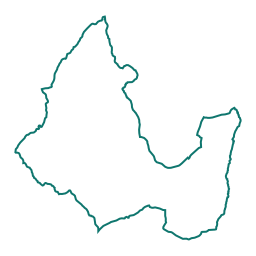 the district of Tasco, Boyacá, Colombia
{"feature_id": "7082276B19242876050337", "entity_name": "Tasco", "entity_type": "district", "adm_level": 2, "iso_a3": "COL", "parent_name": "Colombia", "parent_adm1": "Boyacá", "projection": "natural_earth1", "projection_center": [-72.717, 5.898], "detail": "fine", "context": "isolated", "style": "outline", "palette": "teal", "viewbox_px": 256, "rotation_deg": 0, "n_neighbors": 0, "source": "geoboundaries", "source_scale": "gbopen_adm2", "svg_char_len": 5787}
<svg xmlns="http://www.w3.org/2000/svg" viewBox="0 0 256 256"><path d="M45.8,183.0L47.6,183.9L49.2,184.0L50.9,184.4L51.5,184.9L51.9,185.7L52.8,185.9L53.4,186.3L53.9,187.1L54.7,187.8L54.5,188.8L55.3,191.1L56.2,191.7L57.7,191.9L59.0,194.2L60.2,193.9L62.0,194.0L65.4,193.4L67.6,192.1L69.1,190.5L69.9,190.4L70.3,190.7L71.6,193.4L74.0,194.9L74.9,195.8L75.9,199.4L76.6,200.5L81.5,204.5L82.3,205.6L83.6,206.7L84.7,207.9L86.0,208.8L86.7,209.5L88.0,211.7L88.7,214.3L89.4,215.5L90.9,215.6L91.3,216.2L91.8,216.1L93.0,216.6L94.3,217.9L94.5,218.7L95.3,224.1L95.7,224.7L98.0,227.2L98.3,228.5L98.3,231.2L99.9,229.2L103.4,225.9L109.6,222.9L111.0,222.0L116.4,220.5L119.7,218.7L121.7,218.3L124.1,218.5L124.8,218.3L125.3,217.4L126.5,216.9L126.8,216.9L127.7,217.6L128.2,217.8L128.7,217.7L129.0,216.4L129.6,216.0L130.0,215.7L133.6,215.1L134.7,214.5L138.0,212.5L140.0,210.5L142.3,209.6L143.5,208.0L145.2,206.8L148.2,205.6L149.2,205.5L149.8,207.0L151.7,207.7L152.9,207.8L155.1,207.4L159.7,208.5L163.1,210.0L165.2,210.1L165.2,216.0L165.7,218.0L165.8,219.2L165.7,221.1L166.1,222.4L164.3,225.2L163.3,227.1L163.3,228.5L163.9,229.2L168.4,231.8L171.1,232.1L172.2,232.6L175.9,235.4L182.8,238.8L186.6,238.7L188.5,239.4L189.0,239.4L191.5,238.2L194.7,237.7L198.7,236.1L199.6,235.5L201.0,233.9L201.5,232.2L202.0,231.9L206.2,231.7L207.6,231.0L208.7,230.0L214.9,229.6L216.0,229.3L216.2,228.5L216.3,226.8L216.8,226.1L217.1,224.9L217.2,223.8L217.0,222.2L218.4,219.0L220.8,216.3L221.1,215.5L221.5,215.1L223.5,214.4L224.2,213.6L224.5,210.2L224.9,209.6L225.0,208.5L225.4,207.9L225.8,206.1L225.6,204.9L226.2,203.3L226.2,202.1L226.6,201.4L226.9,199.1L227.4,197.3L228.1,197.2L228.4,196.4L228.3,195.3L227.8,194.0L227.9,193.7L228.4,193.3L228.4,192.5L228.1,192.0L228.6,191.4L228.5,190.4L229.1,188.9L228.6,188.0L228.6,186.8L228.1,185.8L228.1,184.4L227.7,183.9L227.5,183.2L227.6,182.4L227.9,181.3L227.2,179.8L227.3,179.1L226.5,178.6L225.9,176.6L225.9,175.9L226.6,173.7L227.5,172.4L227.5,171.1L228.0,170.3L227.8,168.9L228.4,166.5L228.7,164.1L229.8,163.1L229.8,162.1L229.5,161.3L229.5,160.8L230.7,159.5L230.7,158.8L230.0,157.8L230.1,157.0L229.9,156.0L230.6,154.5L230.7,153.2L231.2,150.8L231.8,149.5L232.9,144.3L233.4,143.2L233.2,142.0L233.9,141.6L233.7,140.6L232.8,139.9L232.4,139.3L233.9,136.9L234.1,134.6L235.3,131.2L235.9,130.3L237.6,127.0L239.2,126.0L239.6,123.6L240.6,121.0L240.6,120.0L239.8,117.7L238.9,117.0L238.8,115.5L238.6,115.4L238.7,115.0L238.0,113.8L238.0,113.3L237.7,113.1L237.8,112.6L237.3,112.6L237.2,111.7L236.7,110.1L236.2,109.6L235.3,109.5L235.0,109.1L234.8,108.3L234.3,107.8L232.1,109.1L231.3,109.7L230.4,111.1L229.8,112.8L228.9,113.4L225.1,114.4L221.6,114.7L212.5,117.5L209.4,117.9L207.9,117.9L206.5,117.6L204.7,117.6L203.8,117.2L201.3,121.8L200.0,126.6L197.7,132.3L197.1,135.0L198.8,135.8L199.5,136.4L200.0,137.2L201.6,138.0L200.8,142.0L201.1,147.1L198.8,148.0L191.2,154.8L190.0,156.3L189.6,157.6L188.7,158.6L187.8,157.6L181.9,163.3L179.5,165.3L178.4,165.8L170.9,167.8L169.0,167.9L167.6,167.8L165.2,166.8L161.8,163.8L156.7,162.2L155.1,160.4L154.1,156.9L153.5,155.7L149.4,150.8L148.7,148.2L148.3,145.7L147.4,143.0L147.3,141.5L146.8,140.6L145.2,138.9L144.0,137.9L141.2,137.0L140.0,137.0L139.3,133.2L139.1,129.6L139.8,124.6L139.3,122.3L139.2,120.0L138.2,117.1L135.6,112.7L135.1,112.4L134.6,111.6L132.9,109.8L132.0,107.2L131.8,104.5L130.7,100.8L128.0,98.2L127.3,97.9L127.2,97.4L126.7,97.1L126.6,96.5L126.4,96.4L126.3,95.8L125.5,94.1L125.4,93.4L124.2,92.4L123.9,91.7L124.0,91.2L123.0,90.2L122.4,89.0L122.6,88.5L123.1,88.3L123.3,87.7L123.9,87.4L124.3,87.4L124.9,86.9L125.3,85.7L125.3,84.8L125.6,84.7L125.7,84.3L125.9,84.3L126.0,83.5L127.2,83.0L127.5,82.3L132.0,82.1L133.6,81.0L134.6,79.7L136.3,78.8L137.0,77.6L137.0,77.0L137.6,75.3L137.4,74.0L135.5,70.3L135.1,70.4L134.4,70.1L132.5,68.0L130.0,66.2L128.0,65.1L126.4,65.1L125.2,65.9L124.3,66.0L122.7,68.3L122.1,68.0L121.0,68.0L120.2,67.8L119.0,66.7L117.8,65.1L117.5,64.2L117.0,64.0L116.3,63.2L115.1,62.3L114.8,61.6L114.7,60.6L115.1,58.6L114.9,56.8L113.3,56.0L112.5,55.1L112.3,53.8L111.8,53.2L111.7,51.6L111.9,50.6L111.9,47.4L111.3,46.2L110.5,45.5L110.3,45.2L109.7,42.8L109.3,40.4L109.4,39.1L108.2,38.1L108.1,37.7L108.1,36.8L107.9,36.0L107.2,34.8L106.6,33.3L106.2,30.4L107.6,26.6L107.6,25.3L106.7,23.5L105.9,22.7L105.4,21.4L105.1,19.3L104.8,19.3L105.1,18.3L104.8,16.6L103.1,17.0L102.6,17.6L102.3,19.3L101.7,20.5L99.9,20.8L98.0,21.7L95.9,24.1L94.4,24.2L92.8,23.7L92.0,23.9L91.0,24.6L87.1,28.5L83.9,32.0L82.6,34.7L82.3,36.5L81.8,37.2L80.4,38.4L79.7,40.4L78.5,42.0L77.4,44.2L75.1,46.7L73.6,47.1L73.3,48.7L72.8,49.4L71.7,50.2L70.3,52.7L69.5,53.2L67.3,54.0L66.2,58.0L65.8,58.6L65.5,58.8L64.7,58.5L63.1,59.0L62.3,59.4L61.5,60.3L60.7,62.2L59.5,63.7L58.9,65.2L57.5,67.6L57.1,69.4L54.8,73.6L54.5,75.3L54.4,78.1L54.1,79.7L53.5,81.2L51.5,84.7L51.8,86.5L51.4,87.1L49.7,87.5L48.3,88.1L45.3,88.3L41.8,89.1L41.9,89.7L43.0,92.3L45.3,94.0L45.8,94.6L46.1,95.9L46.3,98.0L47.3,99.6L48.0,101.2L47.8,102.3L46.4,103.1L45.8,103.8L45.8,104.7L46.4,108.1L46.1,109.5L46.1,110.5L46.9,112.3L46.5,114.8L46.3,117.3L45.4,117.9L45.0,118.5L44.1,122.2L41.8,126.7L41.0,127.0L40.1,125.6L39.5,125.5L38.9,125.7L38.5,126.7L39.0,128.1L39.0,128.5L38.7,129.0L38.3,129.1L37.0,128.9L36.4,129.2L36.2,129.6L35.9,130.8L34.2,132.3L33.4,132.6L31.0,132.8L29.8,133.4L28.4,134.7L27.3,134.8L26.5,135.2L25.2,136.7L24.6,138.1L20.3,142.5L18.2,145.4L17.3,147.5L15.8,149.2L15.4,152.3L15.8,152.7L17.5,152.7L18.5,153.0L19.1,153.4L19.6,154.3L20.6,157.4L22.4,158.9L23.1,160.1L23.4,161.4L23.3,163.1L24.3,162.9L24.8,163.1L25.8,164.2L26.9,166.6L28.4,167.3L29.7,167.7L30.2,168.6L31.3,169.8L31.8,171.5L31.8,172.2L32.5,173.4L32.9,175.9L33.7,176.5L34.0,177.8L35.4,178.6L36.8,180.6L37.7,181.3L37.8,182.3L39.7,182.9L40.1,183.3L40.5,183.9L42.5,185.5L43.5,185.2L44.7,183.5L45.5,183.0L45.8,183.0Z" fill="none" stroke="#0f766e" stroke-width="2"/></svg>